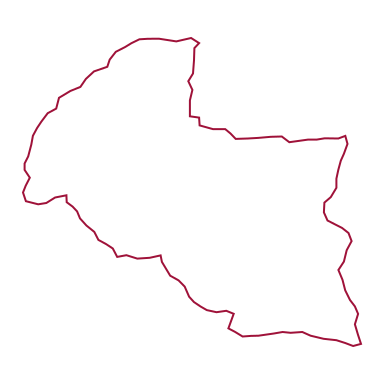 Alfredo Marcondes, São Paulo, Brazil, rotated 90°
{"feature_id": "56859067B84367605837614", "entity_name": "Alfredo Marcondes", "entity_type": "district", "adm_level": 2, "iso_a3": "BRA", "parent_name": "Brazil", "parent_adm1": "São Paulo", "projection": "natural_earth1", "projection_center": [-51.395, -21.938], "detail": "fine", "context": "isolated", "style": "outline", "palette": "rose", "viewbox_px": 384, "rotation_deg": 90, "n_neighbors": 0, "source": "geoboundaries", "source_scale": "gbopen_adm2", "svg_char_len": 1581}
<svg xmlns="http://www.w3.org/2000/svg" viewBox="0 0 384 384"><g transform="rotate(90 192 192)"><path d="M201.2,358.1L204.3,345.8L203.0,337.7L197.5,328.9L195.3,317.6L202.2,317.3L206.6,311.4L211.4,306.9L218.4,304.0L225.5,297.6L231.9,289.7L239.9,285.6L244.1,277.9L248.5,271.2L256.9,266.8L255.2,257.6L258.6,246.7L257.8,234.3L255.4,223.4L261.9,222.1L275.7,213.8L280.4,205.4L286.6,199.3L296.7,194.9L302.1,190.0L306.4,183.6L310.1,177.2L312.2,167.5L310.8,157.7L313.8,150.3L328.4,155.6L331.8,149.1L336.5,141.4L335.9,133.1L335.7,125.5L333.5,110.1L332.0,101.4L332.8,93.4L332.0,81.7L335.7,73.4L338.8,60.4L340.2,47.6L343.0,38.8L346.0,30.9L343.9,23.0L334.8,26.0L324.3,29.1L313.9,25.9L306.4,29.1L300.0,34.0L290.3,38.8L279.8,41.5L270.0,45.6L261.6,40.1L250.2,37.3L241.1,32.4L233.0,35.5L227.9,42.0L224.2,49.3L220.5,56.5L212.4,60.1L202.6,59.6L197.1,53.2L187.8,47.6L178.7,47.6L169.9,45.7L160.7,43.2L153.8,40.1L143.9,36.5L135.9,38.7L138.5,45.7L138.3,59.3L139.6,67.3L139.6,76.0L140.9,85.3L142.2,94.7L136.5,102.2L136.8,113.1L137.9,125.8L138.5,136.3L138.9,148.3L133.5,153.5L129.1,158.8L129.1,171.1L125.4,184.4L117.6,184.9L116.3,194.1L107.5,194.1L100.4,194.1L89.9,191.6L81.2,195.7L73.5,191.0L60.4,190.0L48.1,189.6L43.1,184.9L38.0,192.9L41.4,207.7L38.7,225.1L38.8,236.3L39.3,244.6L43.2,252.6L47.1,259.0L51.8,268.2L59.6,274.3L66.8,276.7L71.4,290.0L78.9,298.1L86.9,303.6L91.0,313.7L97.8,325.0L108.6,327.8L113.2,336.3L121.7,342.7L128.0,346.9L135.8,351.1L144.6,352.7L156.4,355.8L163.5,359.4L169.9,359.4L177.7,354.2L185.7,358.3L192.5,361.0L201.2,358.1Z" fill="none" stroke="#9f1239" stroke-width="2"/></g></svg>